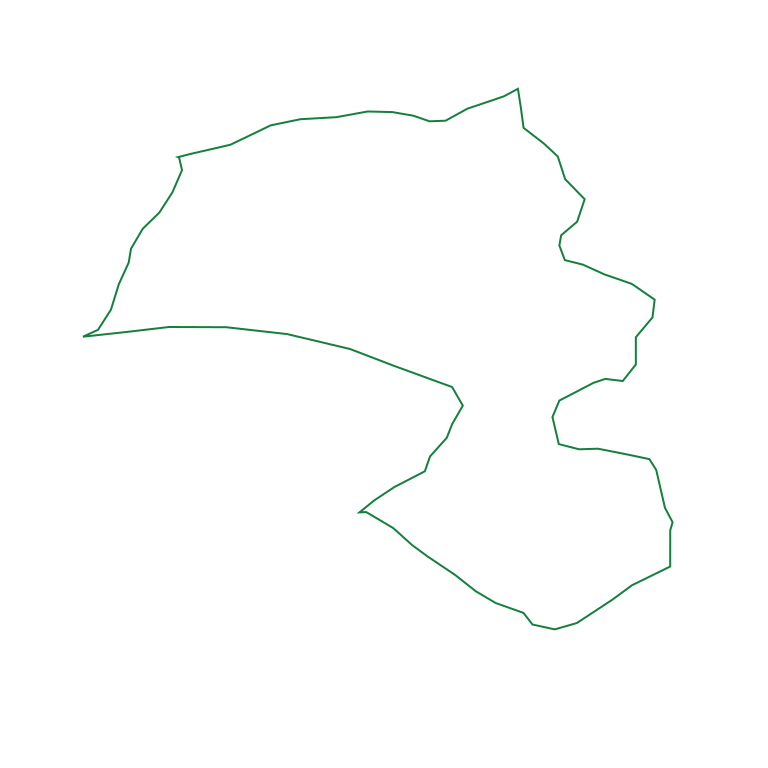 Sandviken, Gävleborg, Sweden (Equal Earth projection), rotated 347°
{"feature_id": "70781695B54333453376025", "entity_name": "Sandviken", "entity_type": "district", "adm_level": 2, "iso_a3": "SWE", "parent_name": "Sweden", "parent_adm1": "Gävleborg", "projection": "equal_earth", "projection_center": [16.677, 60.515], "detail": "fine", "context": "isolated", "style": "outline", "palette": "green", "viewbox_px": 768, "rotation_deg": 347, "n_neighbors": 0, "source": "geoboundaries", "source_scale": "gbopen_adm2", "svg_char_len": 1210}
<svg xmlns="http://www.w3.org/2000/svg" viewBox="0 0 768 768"><g transform="rotate(347 384 384)"><path d="M234.4,116.6L235.3,117.2L235.3,130.2L220.9,149.7L203.7,166.4L183.8,178.5L167.9,195.3L162.6,208.2L148.0,227.2L134.7,250.1L117.5,266.9L101.3,270.2L144.1,275.3L187.4,280.1L243.1,293.2L300.9,313.6L358.8,342.3L398.0,368.7L449.7,402.3L455.9,422.8L441.4,438.4L433.1,450.5L412.5,465.0L404.2,478.2L371.0,486.7L348.3,495.2L331.2,503.6L337.9,504.8L360.7,526.6L375.1,547.2L387.6,561.8L410.3,586.0L426.9,606.7L443.5,622.5L468.4,638.4L474.6,651.8L492.9,660.4L495.3,661.5L518.1,660.3L557.5,645.7L580.3,635.9L621.8,626.2L630.0,590.9L634.1,583.6L629.9,567.8L629.9,529.0L625.7,516.9L605.0,507.3L578.0,495.2L559.4,491.5L540.8,481.9L540.7,454.1L551.1,439.6L588.3,430.0L600.7,428.8L617.3,434.8L633.8,421.6L639.9,395.1L660.6,379.5L666.7,362.7L648.1,342.3L623.3,326.7L604.6,312.4L588.1,304.0L586.0,288.5L590.1,278.9L608.7,269.3L621.1,249.1L606.6,225.2L604.5,201.4L594.1,186.0L577.6,165.8L579.6,144.5L580.9,126.5L565.3,130.7L527.1,134.5L503.3,141.3L487.5,138.3L473.0,129.2L453.2,120.9L429.4,114.8L397.7,113.3L362.1,107.2L331.8,106.5L288.2,116.3L247.3,116.3L234.4,116.6Z" fill="none" stroke="#15803d" stroke-width="2"/></g></svg>